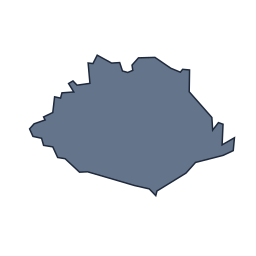 DeKalb, Tennessee, United States of America (Equal Earth projection), rotated 326°
{"feature_id": "52423323B12526845060085", "entity_name": "DeKalb", "entity_type": "district", "adm_level": 2, "iso_a3": "USA", "parent_name": "United States of America", "parent_adm1": "Tennessee", "projection": "equal_earth", "projection_center": [-85.84, 35.98], "detail": "fine", "context": "isolated", "style": "filled", "palette": "slate", "viewbox_px": 256, "rotation_deg": 326, "n_neighbors": 0, "source": "geoboundaries", "source_scale": "gbopen_adm2", "svg_char_len": 752}
<svg xmlns="http://www.w3.org/2000/svg" viewBox="0 0 256 256"><g transform="rotate(326 128 128)"><path d="M113.2,199.6L116.8,196.4L150.9,197.8L164.7,194.3L191.6,203.9L202.6,205.6L210.8,195.6L196.6,194.6L208.9,178.0L206.0,174.1L197.0,177.1L203.4,166.2L199.0,132.2L211.5,114.3L206.1,109.9L202.6,111.0L196.9,102.4L189.8,84.5L175.9,75.7L166.5,78.1L164.2,82.9L158.8,81.8L155.3,77.6L157.7,69.1L150.7,65.0L143.2,50.4L135.0,55.0L131.3,51.8L121.4,69.7L109.7,64.0L108.7,58.2L103.6,57.9L103.2,67.8L92.9,61.9L88.8,65.5L84.6,61.1L74.3,73.1L64.2,71.6L63.8,75.0L52.5,72.0L45.9,73.7L44.5,81.8L50.6,88.2L48.3,95.2L55.1,101.6L53.2,113.1L58.7,118.3L63.1,137.5L70.0,141.7L101.2,179.3L111.6,190.4L113.2,199.6Z" fill="#64748b" stroke="#1e293b" stroke-width="1.5"/></g></svg>